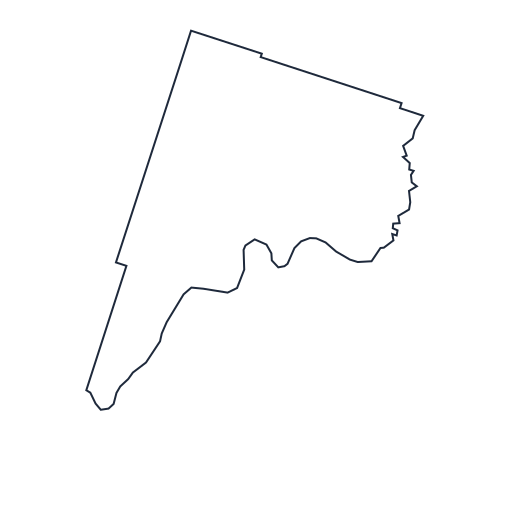 Stanley, South Dakota, United States of America (Mercator projection), rotated 108°
{"feature_id": "52423323B54523743279075", "entity_name": "Stanley", "entity_type": "district", "adm_level": 2, "iso_a3": "USA", "parent_name": "United States of America", "parent_adm1": "South Dakota", "projection": "mercator", "projection_center": [-100.59, 44.476], "detail": "fine", "context": "isolated", "style": "outline", "palette": "slate", "viewbox_px": 512, "rotation_deg": 108, "n_neighbors": 0, "source": "geoboundaries", "source_scale": "gbopen_adm2", "svg_char_len": 1021}
<svg xmlns="http://www.w3.org/2000/svg" viewBox="0 0 512 512"><g transform="rotate(108 256 256)"><path d="M436.1,375.9L437.2,371.3L445.9,363.0L450.2,356.1L446.7,349.1L440.7,345.7L429.3,346.4L422.0,344.8L412.5,339.5L404.9,337.1L391.3,327.7L366.8,320.9L358.8,321.7L346.5,320.5L314.8,313.0L306.0,307.7L303.4,296.0L299.6,271.7L292.3,264.1L272.6,263.0L254.0,269.7L249.3,269.3L240.6,262.4L241.9,249.6L248.7,242.2L255.3,239.6L259.9,231.3L256.9,225.8L253.7,223.6L236.6,221.9L228.1,217.6L222.3,210.3L220.6,204.2L221.6,194.0L227.0,181.2L230.4,165.6L230.3,157.4L225.3,144.5L209.9,140.1L208.6,137.0L198.7,130.1L193.0,133.2L193.0,128.6L187.9,129.3L187.3,134.5L182.8,135.5L180.4,129.6L173.9,133.1L164.5,124.8L157.2,125.9L146.8,130.6L140.0,124.6L137.9,130.6L131.0,133.7L126.3,132.4L126.4,137.0L120.1,138.5L116.4,146.8L114.0,143.7L105.8,150.1L95.7,143.3L87.3,144.0L71.0,140.3L70.9,164.8L65.6,164.8L65.4,313.0L61.8,313.0L61.8,387.4L98.4,387.3L305.4,387.2L305.4,376.2L436.1,375.9Z" fill="none" stroke="#1e293b" stroke-width="2"/></g></svg>